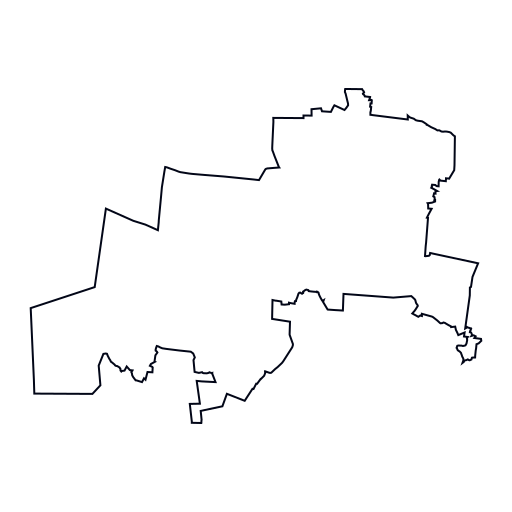 outline of Pabellón de Arteaga, Aguascalientes, Mexico
{"feature_id": "50627088B43524321041523", "entity_name": "Pabellón de Arteaga", "entity_type": "district", "adm_level": 2, "iso_a3": "MEX", "parent_name": "Mexico", "parent_adm1": "Aguascalientes", "projection": "albers", "projection_center": [-102.265, 22.105], "detail": "fine", "context": "isolated", "style": "outline", "palette": "ink", "viewbox_px": 512, "rotation_deg": 0, "n_neighbors": 0, "source": "geoboundaries", "source_scale": "gbopen_adm2", "svg_char_len": 6016}
<svg xmlns="http://www.w3.org/2000/svg" viewBox="0 0 512 512"><path d="M244.7,400.8L244.9,400.5L247.8,396.0L252.5,388.8L253.5,389.0L256.2,383.7L257.1,383.8L260.4,379.3L260.5,379.4L264.1,375.8L264.2,375.6L265.3,372.8L265.0,371.9L265.1,371.3L269.4,372.8L270.5,372.9L271.3,372.7L275.2,369.0L277.6,367.1L279.6,365.2L281.7,363.2L282.1,362.8L283.3,361.2L292.2,347.3L292.8,345.5L292.9,344.8L292.9,344.0L289.7,335.0L289.6,334.4L290.0,321.7L272.1,318.9L272.4,304.8L272.5,300.0L275.7,300.7L276.3,300.7L281.3,301.5L281.6,304.5L284.7,304.7L289.0,304.2L289.0,302.7L290.6,303.1L294.6,303.8L294.6,303.3L294.7,302.1L294.9,301.2L296.0,301.1L296.2,299.8L297.2,297.5L298.5,293.6L299.3,292.7L300.3,292.6L301.5,293.5L302.0,293.7L302.2,293.4L302.4,293.2L302.8,293.2L303.2,293.0L303.3,292.7L303.1,291.6L303.9,291.1L305.0,290.2L306.3,289.6L308.3,290.1L308.6,290.6L308.7,291.1L310.8,291.4L313.7,291.7L316.4,291.9L317.2,291.9L317.2,292.2L317.4,292.2L317.4,291.9L318.3,292.4L318.5,292.6L318.8,293.9L319.2,295.0L319.8,296.3L320.4,297.5L321.9,300.2L322.2,300.6L322.7,300.4L322.8,300.4L323.4,300.4L323.7,300.2L323.1,302.0L325.8,306.5L327.6,309.5L327.9,309.6L329.7,309.7L335.5,310.1L339.0,310.3L342.2,310.5L342.9,310.5L343.5,293.9L393.3,297.6L411.3,296.1L413.2,297.8L413.9,298.5L414.6,299.1L415.3,300.1L416.0,302.8L416.4,303.5L416.5,303.7L417.5,305.0L417.6,305.4L417.8,305.9L415.8,309.1L415.1,310.1L414.4,311.1L413.8,311.7L413.4,312.2L412.3,313.5L414.1,314.5L416.0,315.5L417.0,316.1L418.3,316.8L420.4,315.4L420.6,315.5L421.1,315.8L421.9,316.0L421.9,313.8L432.0,316.6L433.1,317.2L437.3,320.5L439.9,322.9L440.5,323.3L442.4,323.1L443.4,322.5L444.9,322.9L445.8,323.5L448.5,325.1L451.0,326.4L451.1,327.1L455.2,326.6L455.9,329.9L457.3,332.7L458.3,335.1L464.6,332.5L464.0,336.5L467.8,337.0L466.9,338.4L467.2,340.0L466.5,343.5L465.5,345.3L464.8,345.6L462.9,346.0L461.5,345.6L460.2,345.6L458.4,345.5L457.3,345.8L456.6,347.8L456.9,348.0L457.3,349.3L457.8,350.3L459.8,351.6L461.0,352.9L461.5,354.5L461.8,355.1L461.9,355.5L462.2,356.5L463.0,358.0L463.3,358.6L463.4,359.7L463.4,360.3L462.5,362.9L463.8,361.9L464.3,360.7L465.1,360.4L466.4,360.1L467.8,359.4L468.9,360.1L469.7,360.3L471.4,359.5L471.9,357.8L472.1,357.6L475.1,357.5L475.2,355.5L475.7,350.6L476.1,348.3L476.5,344.2L478.6,343.4L481.3,340.8L481.0,338.9L474.4,338.0L475.6,336.3L473.6,335.3L471.5,335.9L472.1,334.9L471.2,332.7L470.9,332.4L470.7,332.2L470.4,332.1L470.2,332.1L469.9,332.1L470.0,331.3L470.2,330.8L470.3,330.6L470.6,330.3L470.6,330.2L470.7,329.8L470.7,329.6L470.8,329.3L470.9,329.1L471.0,329.1L471.1,328.9L471.2,328.6L471.0,328.3L470.9,328.3L470.6,328.3L469.9,328.2L469.3,327.9L467.8,327.5L467.3,327.2L467.3,327.3L465.2,328.5L469.8,295.4L469.9,287.5L471.0,286.9L472.5,276.9L478.1,263.3L430.1,253.0L429.8,255.0L428.9,255.8L425.4,256.2L425.0,256.1L425.7,246.1L426.1,242.5L428.0,217.9L426.9,217.7L429.1,213.4L431.6,208.8L428.2,208.5L428.1,204.2L427.6,203.2L431.9,202.7L435.1,201.5L435.1,200.0L434.4,200.0L434.7,198.7L434.5,197.1L433.3,196.4L434.1,193.3L435.5,193.6L435.5,191.2L437.1,191.0L434.2,189.3L431.3,187.8L432.0,186.8L431.7,186.2L432.1,184.7L435.3,185.0L436.1,185.7L436.7,186.1L437.4,186.2L438.6,186.3L438.6,185.4L438.7,181.8L439.2,179.7L439.4,179.5L440.4,180.6L445.8,181.2L445.8,180.1L446.0,179.6L446.0,178.3L448.3,178.5L449.1,178.7L454.2,170.2L454.5,165.2L454.9,136.3L454.2,135.9L453.1,135.0L450.8,132.7L449.4,132.1L446.8,131.6L444.9,131.5L443.1,131.7L441.4,131.5L439.5,130.4L439.1,130.3L437.4,130.4L435.2,129.0L431.2,127.2L427.0,124.7L426.9,124.8L426.7,124.8L426.6,124.2L423.6,122.2L422.0,121.3L417.7,120.7L415.8,120.2L413.8,118.7L410.4,117.6L409.5,117.1L407.7,115.5L407.8,119.5L372.6,115.1L371.3,114.9L370.4,114.8L370.4,112.2L370.8,110.9L370.9,109.9L371.2,107.0L370.1,106.7L370.5,103.4L371.6,103.4L371.8,100.2L371.3,99.9L370.5,100.0L369.7,100.2L369.1,100.2L369.6,98.8L370.0,97.7L370.1,97.0L364.8,96.4L364.7,95.8L363.9,94.7L363.1,94.2L362.9,93.6L364.1,92.4L363.7,91.3L362.8,90.4L362.1,89.1L361.7,89.1L357.4,89.1L347.9,89.0L345.2,89.0L345.0,90.0L345.0,90.8L344.9,92.0L345.6,93.6L347.3,100.7L348.0,103.4L348.1,105.3L346.2,108.0L344.5,110.0L334.4,105.3L333.3,107.1L330.9,111.9L322.0,111.3L321.0,108.3L312.7,109.1L312.3,109.1L311.5,109.2L311.6,115.6L303.5,115.5L303.5,118.1L273.3,117.9L273.4,121.8L272.3,145.4L272.2,148.5L272.4,150.6L272.7,151.0L274.5,156.0L278.5,166.1L278.6,166.4L278.6,166.7L278.7,166.8L279.2,167.5L275.2,167.8L273.9,167.9L267.8,168.4L267.4,168.4L265.9,168.9L265.6,169.1L265.3,169.4L259.0,180.1L253.8,179.5L224.0,176.5L207.7,175.2L203.9,174.9L192.2,173.9L188.9,173.5L180.7,172.2L180.1,172.1L179.6,171.9L178.8,171.7L175.0,170.2L170.8,168.8L167.3,167.5L166.2,167.2L165.2,167.0L164.4,171.5L164.0,174.0L161.9,187.2L161.0,197.1L158.8,220.2L158.7,222.3L157.9,230.2L145.4,224.6L133.3,220.8L105.9,208.6L94.7,287.1L30.7,308.1L33.9,380.1L34.3,393.6L92.4,393.9L100.4,385.3L98.7,365.6L103.4,353.9L105.8,353.5L107.0,353.8L107.7,355.7L109.3,358.8L110.3,360.3L110.9,361.7L112.1,362.5L113.5,363.7L114.6,364.6L115.1,365.4L116.0,365.9L117.3,366.1L119.7,367.6L119.9,368.3L120.5,369.0L120.5,370.5L121.3,371.5L121.8,371.0L124.5,370.6L126.7,366.5L129.9,370.1L132.5,370.4L132.4,370.6L132.2,370.5L131.9,370.6L131.4,371.5L131.4,372.4L131.9,373.2L132.2,375.3L133.2,377.1L135.6,380.3L136.2,380.3L142.0,382.1L144.0,378.3L145.5,379.7L147.5,372.0L152.4,372.3L152.7,367.5L152.3,366.9L149.9,365.8L150.9,364.0L154.9,361.8L154.5,361.6L155.4,355.3L157.4,352.5L157.0,351.8L156.1,350.9L155.7,350.7L155.6,350.3L155.7,349.3L156.2,347.5L156.8,346.0L158.5,346.5L160.1,347.4L162.3,348.3L166.3,348.9L179.3,350.5L190.8,351.7L193.2,353.5L194.8,357.4L193.5,360.1L194.6,371.9L198.9,372.9L202.1,372.2L202.7,372.9L203.6,373.2L206.5,373.3L206.9,373.3L208.5,372.9L209.4,372.3L210.1,372.7L210.4,372.7L210.7,372.7L211.9,373.2L212.0,373.4L212.3,373.2L212.3,373.8L215.5,382.1L201.8,381.4L196.7,380.9L199.9,403.7L189.8,403.9L191.8,421.5L191.8,422.8L201.3,423.0L201.4,422.5L201.4,421.8L201.4,421.1L201.6,419.7L201.5,418.9L200.7,410.9L222.4,406.3L226.9,393.8L244.7,400.8Z" fill="none" stroke="#020617" stroke-width="2"/></svg>